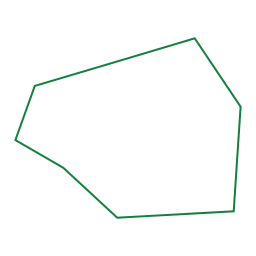 SVG path tracing the border of Sham Shui Po
{"feature_id": "HKG-5159", "entity_name": "Sham Shui Po", "entity_type": "state/province", "adm_level": 1, "iso_a3": "HKG", "parent_name": "Hong Kong S.A.R.", "parent_adm1": "", "projection": "orthographic", "projection_center": [114.161, 22.334], "detail": "fine", "context": "isolated", "style": "outline", "palette": "green", "viewbox_px": 256, "rotation_deg": 0, "n_neighbors": 0, "source": "natural_earth", "source_scale": "10m", "svg_char_len": 229}
<svg xmlns="http://www.w3.org/2000/svg" viewBox="0 0 256 256"><path d="M117.2,217.7L63.3,167.8L15.4,140.1L34.8,85.9L117.0,61.5L194.7,38.3L240.6,106.7L233.7,211.3L117.2,217.7Z" fill="none" stroke="#15803d" stroke-width="2"/></svg>